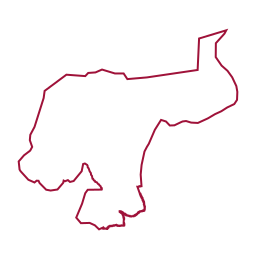 the district of Bakassi, Cross River, Nigeria, rotated 3°
{"feature_id": "59680162B77398299052023", "entity_name": "Bakassi", "entity_type": "district", "adm_level": 2, "iso_a3": "NGA", "parent_name": "Nigeria", "parent_adm1": "Cross River", "projection": "robinson", "projection_center": [8.508, 4.793], "detail": "fine", "context": "isolated", "style": "outline", "palette": "rose", "viewbox_px": 256, "rotation_deg": 3, "n_neighbors": 0, "source": "geoboundaries", "source_scale": "gbopen_adm2", "svg_char_len": 4407}
<svg xmlns="http://www.w3.org/2000/svg" viewBox="0 0 256 256"><g transform="rotate(3 128 128)"><path d="M30.8,139.9L30.6,145.3L33.3,151.9L31.5,155.7L25.6,160.7L20.6,167.1L21.9,175.2L23.0,176.8L31.2,184.9L37.5,187.3L39.5,185.4L41.4,185.4L42.6,187.6L49.5,193.9L54.0,194.5L60.8,193.1L66.1,186.2L66.5,183.9L67.8,184.5L70.7,183.2L72.9,184.9L76.5,183.8L84.0,173.6L85.1,166.3L86.8,165.7L89.1,167.0L89.6,167.8L89.9,169.5L90.8,170.3L92.0,173.3L93.3,175.0L93.5,176.6L94.5,177.7L95.2,180.5L95.9,180.7L96.6,182.1L97.6,182.4L98.1,183.5L99.6,183.8L101.0,185.4L102.2,186.0L102.5,186.8L103.7,187.6L104.2,189.0L104.9,189.3L105.1,190.4L105.0,190.6L104.9,190.9L91.0,191.8L88.7,195.4L86.1,206.0L81.0,220.2L86.0,225.5L94.7,224.8L100.0,226.9L104.4,230.7L107.5,229.1L107.5,229.4L107.8,229.4L107.8,229.6L108.8,229.6L108.8,229.9L109.0,229.9L109.0,229.6L109.5,229.6L109.5,229.4L109.7,229.6L111.9,229.6L111.9,229.9L112.4,229.9L112.4,229.6L112.6,229.6L112.6,228.8L113.1,228.8L113.1,228.5L113.4,228.5L113.4,228.3L113.6,228.3L113.6,227.7L113.8,227.7L113.9,227.4L114.0,227.4L114.3,227.4L114.3,227.2L114.5,227.2L114.8,227.2L114.8,226.9L115.0,226.8L115.1,226.6L115.4,226.6L115.5,226.6L115.5,226.9L116.8,226.9L116.8,226.6L117.7,226.6L117.7,226.3L118.9,226.3L118.9,226.1L119.4,226.1L119.4,225.8L120.4,225.8L120.4,225.7L120.9,225.5L120.9,225.8L121.1,225.8L121.1,225.5L121.4,225.5L121.6,225.5L121.6,225.8L122.6,225.8L122.6,226.1L123.1,226.1L123.1,226.3L124.3,226.3L124.3,226.1L125.5,226.1L125.5,225.8L127.2,225.8L127.2,225.5L127.7,225.5L127.7,225.8L128.6,225.8L128.6,225.5L129.1,225.5L129.1,225.2L129.4,225.2L129.4,224.4L129.1,224.4L129.1,224.1L129.1,223.6L128.9,223.6L128.9,223.0L128.6,223.0L128.6,219.2L128.9,219.2L128.9,218.6L128.6,218.6L128.6,218.1L128.4,218.1L128.4,217.3L128.1,217.3L128.1,216.2L127.9,216.2L127.9,215.1L127.4,215.1L127.4,214.8L127.7,214.8L127.7,214.5L127.4,214.5L127.4,214.3L127.2,214.3L127.2,214.0L126.9,214.0L126.9,213.7L126.7,213.7L126.7,213.4L126.5,213.2L125.7,213.2L125.7,212.9L125.5,212.6L125.0,212.6L125.0,212.3L124.5,212.3L124.5,212.1L124.3,212.1L124.3,211.8L124.0,211.8L124.0,211.5L124.8,211.5L124.8,211.8L125.5,211.8L125.5,212.1L126.0,212.1L126.0,212.3L126.5,212.3L126.5,212.6L126.9,212.6L126.9,212.9L127.4,212.9L127.4,213.2L127.7,213.2L127.7,213.4L127.9,213.4L127.9,213.7L128.8,213.7L129.1,213.7L129.1,214.0L129.4,214.0L129.4,214.3L129.6,214.3L129.6,214.5L130.3,214.5L130.3,214.8L130.8,214.8L130.8,215.1L131.1,215.1L131.1,215.4L132.5,215.4L132.5,215.6L134.0,215.6L134.0,215.9L134.9,215.9L134.9,216.2L135.7,216.2L135.7,215.9L138.1,215.9L138.1,215.4L139.1,215.4L139.1,215.1L139.5,215.1L139.5,214.8L139.8,214.8L139.8,214.5L140.3,214.5L140.3,214.3L140.5,214.3L140.5,214.0L141.0,214.0L141.0,213.7L141.2,213.4L141.5,213.4L141.5,213.2L141.7,212.9L142.0,212.9L142.0,212.6L142.2,212.3L142.4,212.3L142.4,212.1L142.9,212.1L142.9,211.8L143.2,211.8L143.2,211.5L143.4,211.5L143.4,211.2L143.7,211.2L144.4,211.0L144.4,210.7L144.9,210.7L144.9,210.4L146.3,210.4L146.3,210.1L146.7,210.1L147.3,210.1L147.3,209.8L147.8,209.9L147.8,209.6L148.3,209.6L148.3,209.3L148.7,209.3L148.7,208.2L149.0,208.2L149.0,207.9L148.7,207.9L148.7,206.9L148.7,206.6L149.0,206.6L149.0,205.7L148.7,205.7L148.7,204.9L148.5,204.6L148.3,204.6L148.3,203.5L148.0,203.5L148.0,203.0L147.8,203.0L147.8,202.7L148.0,202.7L148.0,201.9L147.8,201.9L147.8,201.1L147.5,201.1L147.5,200.8L147.3,200.8L147.3,200.2L147.1,200.2L147.1,199.7L146.8,199.7L146.8,199.4L146.6,199.4L146.6,198.9L146.3,198.9L146.3,198.3L146.1,198.3L146.1,197.2L145.6,197.2L145.6,196.9L145.4,196.9L145.4,196.4L145.1,196.4L145.1,195.8L144.9,195.8L144.9,195.6L144.6,195.6L144.6,195.0L144.4,195.0L144.4,194.7L144.1,194.7L144.1,193.9L143.9,193.9L143.9,193.7L143.7,193.7L143.7,193.1L143.4,193.1L143.4,192.8L143.2,192.8L140.5,186.2L141.0,186.2L142.2,186.0L142.2,185.7L143.2,185.7L143.2,185.4L144.4,185.4L144.4,185.1L144.5,185.1L143.1,173.9L143.5,164.2L145.7,150.6L147.9,145.8L149.6,142.7L154.9,128.4L160.6,118.2L165.6,119.5L169.6,123.3L174.2,122.9L180.6,119.4L182.2,118.6L185.6,118.0L190.8,119.3L197.5,119.3L207.1,114.3L214.2,109.6L220.1,106.5L221.0,105.9L226.0,102.3L232.9,98.5L235.4,94.2L235.3,86.2L234.0,80.5L229.4,71.9L224.4,65.7L218.2,60.8L211.9,52.6L211.3,38.7L219.4,28.7L221.0,25.3L194.3,34.9L194.5,66.4L144.2,76.5L124.8,79.2L120.8,73.8L112.0,74.2L99.0,71.0L92.6,74.2L85.4,75.1L82.6,78.4L63.7,78.0L42.8,95.3L42.2,102.5L34.6,131.8L30.8,139.9Z" fill="none" stroke="#9f1239" stroke-width="2"/></g></svg>